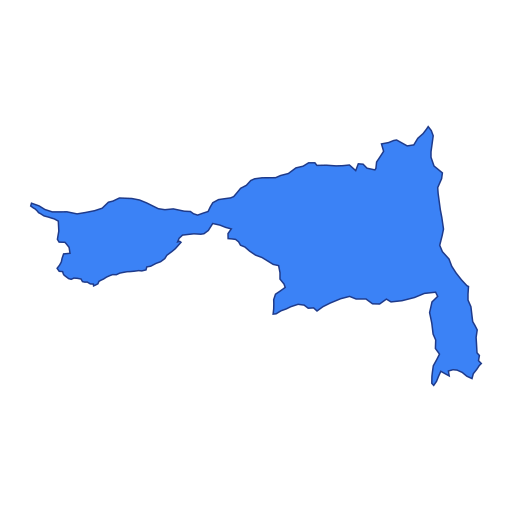 Kathikas, Paphos, Cyprus
{"feature_id": "46923920B37221466711633", "entity_name": "Kathikas", "entity_type": "district", "adm_level": 2, "iso_a3": "CYP", "parent_name": "Cyprus", "parent_adm1": "Paphos", "projection": "robinson", "projection_center": [32.401, 34.906], "detail": "fine", "context": "isolated", "style": "filled", "palette": "blue", "viewbox_px": 512, "rotation_deg": 0, "n_neighbors": 0, "source": "geoboundaries", "source_scale": "gbopen_adm2", "svg_char_len": 3154}
<svg xmlns="http://www.w3.org/2000/svg" viewBox="0 0 512 512"><path d="M317.0,311.0L322.9,306.7L330.3,303.0L340.7,298.7L349.6,296.4L356.1,299.0L366.0,299.0L372.5,303.8L379.6,304.0L386.4,299.1L391.0,301.9L402.0,300.7L414.5,297.5L424.4,293.4L435.6,292.2L437.7,296.4L432.0,301.9L429.6,312.6L431.8,323.2L433.1,334.1L435.7,340.0L435.4,348.5L439.5,354.1L436.9,359.3L433.3,365.8L432.4,372.2L432.0,375.6L431.9,377.2L431.8,383.3L433.7,385.4L436.5,381.4L438.5,376.4L440.8,371.3L446.4,374.4L449.2,375.9L448.4,371.0L453.0,369.7L457.1,370.1L462.2,372.4L466.8,376.2L472.0,378.6L473.3,373.7L476.8,369.3L479.2,365.6L481.3,363.5L480.1,362.3L478.5,360.6L479.4,355.5L477.0,352.8L476.5,343.9L476.1,337.4L477.2,329.9L474.9,325.4L472.7,321.6L472.2,317.6L470.9,306.7L468.0,300.1L468.0,294.0L468.5,286.5L466.9,285.7L461.5,279.9L456.0,272.9L451.7,266.2L449.0,259.0L442.4,251.7L439.7,245.3L442.1,235.8L443.5,229.1L441.8,217.4L440.3,209.6L438.1,193.3L437.7,187.6L441.6,178.7L442.4,172.9L434.0,166.0L431.0,157.3L431.0,151.8L433.2,135.8L431.3,130.6L428.2,126.6L426.6,129.0L423.1,133.6L417.8,138.3L413.8,144.9L407.2,145.9L396.6,140.0L393.7,140.5L388.5,142.6L381.5,143.9L383.6,151.3L380.8,155.7L376.6,162.0L375.9,168.4L374.9,169.9L367.0,168.2L363.1,164.2L358.3,163.8L355.7,170.6L349.4,165.0L342.6,165.7L336.1,165.9L326.3,165.2L316.9,165.4L314.9,162.8L308.6,162.8L303.1,166.2L295.9,167.9L288.4,173.5L280.6,175.5L275.6,177.7L262.1,177.8L254.6,178.8L250.8,180.5L246.4,185.3L240.6,188.3L237.6,192.0L233.7,196.6L230.6,197.9L225.4,198.6L218.5,199.6L212.8,202.7L210.3,206.9L208.1,211.5L203.2,213.1L197.6,215.1L193.4,213.7L190.4,211.5L184.3,211.2L173.3,208.9L164.9,209.7L158.3,208.7L146.6,202.9L139.5,200.0L131.8,198.5L119.4,198.0L112.9,201.1L108.4,202.2L102.2,208.2L94.6,210.7L85.5,212.5L77.1,213.9L66.9,211.8L61.2,211.9L52.3,211.9L44.9,209.5L39.1,205.9L31.5,203.2L30.7,206.0L33.3,207.9L35.2,209.0L37.1,210.8L38.6,212.7L40.4,213.6L44.0,215.9L48.5,217.1L51.9,218.2L54.3,218.9L58.3,221.1L58.8,231.1L57.4,239.3L59.1,242.1L64.9,242.3L66.2,243.7L69.1,247.4L70.0,253.3L63.6,253.9L62.1,258.3L61.3,262.0L59.6,265.1L57.1,268.3L59.2,271.3L62.6,271.6L63.3,273.9L64.1,275.2L68.6,278.6L71.2,279.3L73.9,278.1L77.2,278.3L81.0,279.0L82.5,281.6L84.7,282.1L87.3,282.1L90.3,283.9L93.4,284.1L93.6,285.9L95.2,285.2L97.9,283.8L98.9,281.4L100.8,280.3L103.6,279.0L106.5,277.1L110.1,275.5L112.6,274.6L116.3,274.7L119.8,273.1L123.3,272.4L127.1,271.7L130.1,271.6L134.3,271.2L138.6,270.6L141.8,270.9L146.0,269.9L146.8,266.9L150.7,266.2L156.0,263.4L160.6,261.7L164.8,258.6L166.8,255.3L171.8,251.6L175.3,248.7L178.4,245.2L181.0,242.3L179.7,241.3L177.6,241.9L179.1,238.3L182.5,235.1L188.4,234.4L193.9,233.8L200.8,234.2L204.0,233.7L208.3,230.5L212.7,223.5L219.9,225.1L225.7,227.4L231.3,228.9L228.0,233.6L228.1,238.6L231.8,238.9L235.6,239.4L238.6,241.8L240.5,245.2L244.9,247.0L249.6,251.1L255.5,255.1L262.0,257.5L273.2,264.4L278.6,265.6L280.0,272.7L280.0,279.1L284.0,284.0L285.2,287.4L280.1,291.1L275.5,294.2L273.7,299.6L273.8,304.0L273.7,308.9L273.1,314.1L276.1,313.8L281.0,310.8L286.3,308.9L290.8,306.7L298.1,304.3L304.1,305.1L308.2,308.2L313.6,307.9L317.0,311.0Z" fill="#3b82f6" stroke="#1e3a8a" stroke-width="1.5"/></svg>